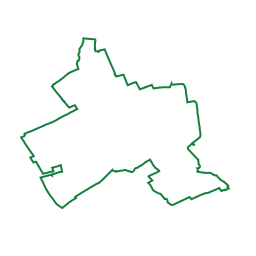 the district of Avrameni, Botosani, Romania, rotated 185°
{"feature_id": "2599482B7109590072975", "entity_name": "Avrameni", "entity_type": "district", "adm_level": 2, "iso_a3": "ROU", "parent_name": "Romania", "parent_adm1": "Botosani", "projection": "natural_earth1", "projection_center": [26.952, 48.014], "detail": "fine", "context": "isolated", "style": "outline", "palette": "green", "viewbox_px": 256, "rotation_deg": 185, "n_neighbors": 0, "source": "geoboundaries", "source_scale": "gbopen_adm2", "svg_char_len": 5519}
<svg xmlns="http://www.w3.org/2000/svg" viewBox="0 0 256 256"><g transform="rotate(185 128 128)"><path d="M180.3,213.4L180.2,212.1L180.0,210.0L180.5,209.0L180.8,208.2L180.8,207.8L180.7,207.2L180.8,206.7L181.5,205.6L182.4,203.8L182.9,203.1L183.1,202.9L183.1,202.6L183.2,202.2L183.1,201.4L182.9,200.4L182.9,199.9L182.9,199.3L183.1,198.6L183.7,197.9L183.8,197.5L183.7,196.5L183.7,196.1L183.3,195.2L182.8,194.8L182.7,194.6L182.6,194.3L182.5,193.9L182.5,193.7L182.7,191.6L182.9,190.9L184.0,190.6L184.1,190.3L184.2,190.0L184.3,188.8L184.5,187.6L184.4,187.2L184.3,186.8L184.1,186.3L183.8,185.6L183.5,184.9L183.2,184.2L182.7,183.0L182.6,182.5L185.5,181.1L191.3,177.8L192.7,176.8L192.7,176.6L192.9,176.5L194.8,174.7L195.7,173.7L197.0,172.4L197.7,171.6L198.6,171.0L201.0,168.7L203.7,166.8L204.0,166.5L204.5,165.7L205.4,165.4L206.5,164.6L206.6,164.3L206.4,163.8L206.3,163.4L207.3,162.7L203.4,158.6L203.1,158.2L202.5,157.6L196.2,151.1L196.4,151.0L194.4,148.9L194.0,149.1L193.5,148.6L193.6,148.4L193.3,148.0L188.4,143.2L182.9,146.1L180.2,142.5L181.0,142.0L182.4,141.3L183.0,140.6L187.1,138.2L188.5,137.0L189.4,136.5L190.1,136.1L190.9,135.8L191.6,135.3L195.2,133.1L200.2,129.5L204.3,127.0L208.4,125.0L209.6,124.4L211.1,123.7L211.8,123.1L217.5,120.1L224.0,116.5L227.9,114.7L230.6,113.1L230.2,112.5L230.1,112.2L230.1,111.9L230.7,110.9L233.6,109.3L231.1,106.1L230.3,105.2L230.1,104.9L229.9,104.5L228.8,103.2L228.5,102.7L224.6,97.9L222.1,94.9L220.0,92.6L219.4,91.7L222.7,90.1L221.4,88.1L220.2,86.7L219.2,85.4L216.8,86.5L214.5,83.2L213.3,81.6L211.5,79.0L209.8,76.7L208.6,75.0L202.3,77.2L198.4,78.4L198.7,79.1L198.9,79.5L199.2,80.2L199.5,80.6L199.7,81.4L200.0,81.8L195.8,83.4L194.1,83.9L193.3,84.3L193.1,84.7L192.9,84.8L191.6,85.1L191.6,84.8L191.0,82.6L190.5,80.9L189.8,78.7L190.9,78.4L191.4,78.5L192.8,78.0L195.0,77.0L198.4,75.5L199.1,75.5L199.3,75.4L199.5,75.2L199.8,74.7L199.6,74.0L199.8,74.1L200.1,74.5L200.4,74.6L200.6,74.6L203.8,73.6L205.3,73.0L210.8,71.0L207.8,66.2L207.4,65.5L207.0,64.5L204.9,61.3L204.2,59.9L203.0,58.5L202.6,57.8L201.7,56.5L201.4,56.1L200.2,54.6L197.6,51.8L194.0,47.6L192.5,46.0L192.3,45.8L189.3,44.1L187.2,43.0L186.5,42.6L180.4,48.5L177.0,51.3L173.7,53.7L174.7,54.7L168.7,59.3L154.8,69.4L152.4,70.6L152.3,70.8L150.6,72.3L146.5,77.0L139.8,85.1L138.9,84.1L138.3,83.8L137.0,83.8L136.2,84.0L135.8,83.5L134.6,84.1L133.9,84.3L133.2,84.2L131.4,84.9L129.4,85.2L127.3,86.0L126.2,85.8L125.8,85.7L124.5,85.2L124.2,85.3L124.0,85.1L123.1,85.1L122.9,84.9L121.9,84.9L121.6,84.7L120.7,84.3L119.5,84.7L118.5,86.0L117.8,87.4L117.5,88.1L116.9,88.6L115.7,89.2L115.1,89.1L114.2,89.9L113.3,90.8L112.1,91.5L110.5,92.7L109.8,93.3L109.0,94.0L108.0,95.2L107.1,95.6L106.7,96.1L105.3,97.1L104.0,97.8L103.2,98.4L102.8,97.7L99.3,92.8L97.6,90.9L96.6,90.4L95.5,89.8L94.6,88.9L93.4,88.4L93.1,87.9L93.3,87.7L94.4,87.0L94.6,86.7L94.9,86.5L95.8,86.0L96.6,85.6L97.5,85.1L99.1,84.1L102.7,82.2L103.3,81.6L99.2,77.8L100.8,76.8L103.1,75.2L101.3,73.6L100.6,72.9L99.9,71.7L99.6,71.3L98.3,69.3L97.6,68.4L96.4,67.5L94.2,66.6L93.7,66.2L91.9,65.5L91.2,65.5L90.0,65.2L89.8,65.0L89.5,64.8L88.6,64.2L88.1,63.5L87.7,62.9L86.8,62.2L85.9,61.2L85.6,60.7L85.4,60.5L84.6,60.4L84.3,60.5L83.9,60.8L83.7,60.8L83.3,60.6L82.9,60.2L82.4,59.5L82.3,58.2L81.6,57.1L81.4,57.1L81.0,56.8L80.5,56.6L79.4,55.5L78.8,55.3L78.0,55.4L76.9,55.2L75.7,55.8L60.6,64.6L58.6,62.6L49.6,67.7L49.1,67.9L48.7,68.1L47.0,69.0L46.8,69.1L46.5,69.4L46.0,69.3L44.9,69.9L43.1,70.2L42.2,70.5L41.4,71.0L37.1,73.3L32.2,75.9L31.8,76.2L30.5,74.5L29.4,73.3L26.5,75.0L26.0,74.4L22.4,76.5L23.9,78.0L23.0,78.9L23.0,79.1L24.7,80.6L25.9,81.4L27.4,82.6L30.7,84.2L31.7,84.6L31.7,84.8L31.8,85.0L32.3,85.5L34.1,86.7L35.3,88.2L35.6,88.4L35.8,88.5L36.2,88.3L36.6,88.3L38.4,88.7L39.0,89.0L39.3,89.2L41.8,90.4L42.9,90.5L46.4,90.0L48.3,90.1L51.3,90.2L53.4,90.5L53.9,90.5L54.5,90.3L54.9,90.4L55.1,90.7L55.1,91.2L55.0,91.7L54.8,92.2L54.8,93.0L54.9,93.6L55.3,93.9L54.3,94.2L53.8,94.3L53.7,94.4L53.2,95.1L53.0,95.8L53.0,96.2L53.1,96.5L54.1,97.7L54.4,98.1L54.5,98.4L54.7,99.3L54.9,100.5L55.1,101.3L55.2,102.4L61.1,107.5L66.2,112.1L66.4,112.5L66.5,113.1L66.7,114.0L66.0,114.6L63.2,117.7L62.1,117.1L61.7,117.2L61.4,117.0L61.2,117.0L61.4,117.3L61.1,117.5L62.5,118.6L60.3,120.6L55.4,125.2L55.5,125.5L55.4,126.1L55.2,127.1L55.2,127.8L55.3,128.0L55.7,130.2L56.5,133.4L56.6,134.9L57.0,136.0L58.4,141.8L59.1,145.5L60.0,148.9L60.3,150.1L60.6,153.2L60.8,153.8L61.3,155.6L61.9,158.6L62.3,159.1L62.7,159.5L63.3,159.9L64.4,160.6L64.8,160.5L68.2,159.5L71.1,158.8L71.1,159.0L71.9,162.6L73.3,168.1L73.8,171.2L74.3,172.5L74.8,173.4L74.8,173.9L74.9,174.2L75.1,174.6L75.5,175.1L75.8,175.6L76.0,175.8L76.4,176.1L77.3,176.5L77.6,176.6L88.4,175.0L88.6,175.8L88.7,175.5L88.9,174.7L89.9,172.2L95.4,171.8L96.2,171.7L96.6,171.5L99.9,171.1L101.3,170.7L105.1,169.9L106.0,169.6L106.6,170.5L106.8,170.9L108.1,173.0L108.6,172.7L113.8,170.4L113.7,170.3L119.5,167.6L124.0,174.4L125.0,174.1L127.4,173.0L129.5,171.9L132.0,170.6L132.4,171.4L133.0,172.5L135.1,176.7L136.0,178.4L137.0,180.7L144.3,178.3L144.8,179.2L145.0,179.4L145.6,179.6L145.7,179.8L145.4,180.3L145.4,180.5L145.8,181.1L147.0,183.5L147.1,183.9L147.2,184.2L147.9,185.2L148.4,186.2L152.5,193.7L153.4,195.3L153.7,195.8L154.3,197.1L155.1,198.4L156.4,201.0L158.0,204.0L158.1,204.3L163.6,202.5L163.8,202.3L163.7,201.7L163.8,201.4L164.0,201.3L165.9,201.7L166.9,201.7L167.0,201.7L167.8,203.2L167.9,203.5L167.6,203.6L167.7,204.0L167.9,205.5L168.2,206.8L168.2,209.6L168.4,210.2L168.3,210.6L168.1,211.0L168.0,212.1L168.3,212.7L168.4,213.4L180.3,213.4Z" fill="none" stroke="#15803d" stroke-width="2"/></g></svg>